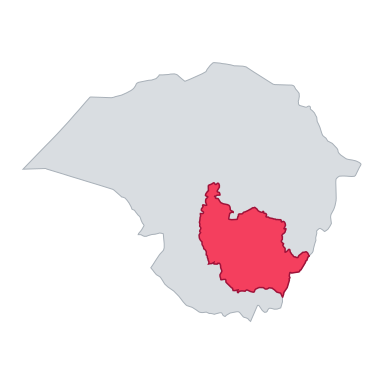 Amhara highlighted on a map of Ethiopia, rotated 180°
{"feature_id": "ETH-3109", "entity_name": "Amhara", "entity_type": "Administrative State", "adm_level": 1, "iso_a3": "ETH", "parent_name": "Ethiopia", "parent_adm1": "", "projection": "albers", "projection_center": [38.049, 11.266], "detail": "fine", "context": "in_parent", "style": "filled", "palette": "rose", "viewbox_px": 384, "rotation_deg": 180, "n_neighbors": 0, "source": "natural_earth", "source_scale": "10m", "svg_char_len": 9376}
<svg xmlns="http://www.w3.org/2000/svg" viewBox="0 0 384 384"><g transform="rotate(180 192 192)"><path d="M73.7,275.1L73.4,274.7L71.4,273.1L69.5,271.0L68.4,268.7L67.3,266.8L66.8,262.5L65.5,259.9L64.1,256.7L62.2,250.6L61.3,248.5L59.7,247.1L58.0,245.8L56.3,243.0L51.7,240.6L49.9,238.7L46.9,235.5L46.1,233.9L45.9,232.3L45.0,230.7L43.3,229.0L38.0,225.3L36.6,224.8L34.6,224.4L31.9,224.0L28.1,223.1L24.9,221.6L23.4,220.5L23.0,219.8L23.4,218.6L24.6,216.6L26.9,211.9L28.5,208.6L29.6,207.7L32.5,207.5L35.6,207.7L37.8,207.9L41.0,208.0L44.7,207.8L46.3,206.7L47.5,205.5L48.0,204.7L48.2,202.5L48.2,200.8L48.0,194.2L47.9,190.2L47.8,185.6L47.9,184.7L47.9,183.5L48.9,178.6L49.8,175.8L50.4,174.3L52.9,169.7L53.3,168.2L53.4,166.8L52.6,160.5L54.2,157.5L56.2,154.6L57.9,153.4L59.3,152.5L60.0,152.9L61.6,154.3L63.8,155.6L64.8,155.4L66.3,154.2L67.4,153.0L67.2,150.8L68.3,146.2L68.1,143.6L69.2,140.4L70.4,135.8L70.9,132.9L71.6,131.4L74.8,128.2L77.5,123.7L79.2,120.4L82.5,115.0L84.2,113.1L85.5,112.3L87.5,111.7L91.2,111.3L93.9,110.8L94.3,110.1L94.5,109.0L94.6,106.6L95.1,102.5L96.3,98.4L97.7,95.4L98.4,94.0L99.3,92.7L100.3,90.4L101.6,85.5L101.5,82.2L103.3,76.1L103.7,76.0L106.8,74.9L109.7,74.8L112.5,75.6L114.4,75.8L115.2,75.4L116.0,74.4L116.8,72.7L117.9,71.8L119.5,71.7L121.7,73.5L125.0,78.4L125.9,78.7L126.5,78.6L128.2,74.7L129.5,71.6L132.0,65.9L133.4,62.6L134.7,63.6L136.0,65.2L137.5,66.0L139.1,66.5L139.8,66.6L140.8,67.2L144.2,71.3L145.4,72.2L147.0,72.3L153.8,71.0L157.9,68.6L158.5,67.7L159.6,67.7L161.0,68.7L161.5,69.7L162.3,71.1L163.9,71.3L167.8,70.3L169.7,69.7L171.3,70.2L173.4,70.6L174.7,70.5L177.7,71.9L181.4,71.4L183.1,71.5L184.9,72.0L187.8,74.1L191.7,76.6L197.1,78.4L198.2,79.2L200.8,82.1L205.0,87.6L210.3,93.0L216.2,97.1L219.3,100.0L221.5,103.6L223.6,106.8L225.7,108.2L227.6,109.3L229.7,111.8L231.2,113.8L233.2,116.2L231.0,119.4L228.2,123.8L224.8,128.9L223.8,130.2L220.9,133.3L220.4,134.1L219.8,136.3L219.8,140.3L220.3,145.5L220.7,150.2L222.4,150.7L224.3,151.0L226.4,150.4L228.9,149.8L232.1,149.5L235.6,148.5L237.6,147.7L239.8,147.7L241.7,148.5L242.7,149.2L244.1,149.4L245.8,149.4L245.5,150.3L244.5,151.6L243.3,152.9L242.3,154.3L240.1,158.1L240.0,158.6L240.3,159.3L241.6,161.0L242.9,163.8L243.7,166.3L244.3,167.5L245.9,168.9L248.2,171.8L249.5,173.7L252.0,174.8L252.9,177.2L254.9,180.9L257.0,183.8L259.0,186.0L261.2,186.9L262.1,186.9L266.8,191.1L270.4,194.2L271.3,194.7L277.7,196.7L285.1,199.0L291.0,200.8L298.6,203.1L306.0,205.4L313.0,207.5L322.9,210.6L330.8,213.0L337.1,214.9L338.4,215.5L361.0,214.8L355.6,220.4L349.5,226.7L343.1,233.3L338.9,237.6L332.3,244.3L326.9,249.9L321.2,256.1L316.1,261.6L309.5,269.2L305.1,274.1L298.4,281.9L294.1,286.7L293.4,287.0L287.2,286.8L281.1,286.6L273.3,286.3L272.4,286.3L270.1,286.8L268.8,287.3L263.2,288.7L262.2,289.0L257.5,291.1L252.8,293.6L250.4,295.5L248.5,298.2L247.7,300.1L246.8,301.0L245.3,301.7L235.4,303.7L232.5,303.9L227.9,305.4L225.4,307.9L224.7,309.1L221.4,309.1L215.5,309.5L213.0,310.0L211.8,310.0L209.6,310.1L207.7,309.6L206.5,309.0L204.9,307.5L201.5,304.6L199.1,302.7L193.7,304.9L188.8,307.1L181.9,310.2L178.0,312.4L176.9,314.6L173.8,318.6L171.1,321.1L170.1,321.4L164.0,320.9L161.7,320.4L158.0,320.0L153.1,319.1L149.8,318.2L146.2,318.1L141.0,317.8L137.9,317.1L134.6,314.9L130.5,312.2L126.2,309.5L121.8,306.7L116.6,303.4L110.9,299.8L109.6,299.5L109.0,299.4L102.8,299.2L96.4,299.0L92.1,298.9L90.7,298.4L89.7,297.6L88.4,295.0L86.7,293.1L84.9,290.7L84.7,287.5L85.3,284.0L85.8,282.8L85.5,281.7L85.6,280.1L84.6,278.6L78.3,276.8L77.3,276.9L76.2,277.6L75.0,278.0L74.1,277.6L73.6,276.9L73.6,275.9L73.7,275.1Z" fill="#d9dde1" stroke="#a8b0b8" stroke-width="1"/><path d="M93.7,111.5L94.1,111.4L94.3,110.9L94.7,108.4L94.7,107.9L94.6,107.5L94.1,106.6L94.1,106.1L94.4,105.7L94.7,105.4L94.9,105.1L94.9,104.9L94.6,104.3L94.6,103.9L96.8,96.4L100.1,91.6L100.3,91.0L100.4,89.7L100.5,89.3L101.4,87.0L101.7,87.2L103.3,90.7L103.6,91.0L103.9,91.0L106.9,91.8L107.3,92.0L109.7,94.3L110.9,95.0L111.5,95.7L111.9,95.8L114.5,96.2L114.9,96.2L115.2,96.0L115.5,95.8L116.7,95.1L117.4,95.0L118.1,94.9L118.6,95.0L119.3,95.3L119.8,95.7L120.4,96.3L120.7,96.4L124.5,96.5L125.2,96.4L128.3,94.9L128.6,94.6L128.9,94.3L129.1,93.9L129.7,92.3L130.2,91.9L131.1,91.9L133.5,92.5L136.5,93.9L137.2,94.1L137.9,93.7L138.4,93.4L138.9,92.8L139.7,92.9L140.9,93.0L142.1,93.1L144.3,92.8L144.8,92.6L145.1,92.2L145.6,91.5L145.9,91.3L146.2,91.4L146.4,91.6L146.6,92.0L146.7,92.5L146.0,94.1L148.0,93.7L148.8,93.4L149.3,93.4L150.9,93.5L151.2,94.4L151.4,95.4L151.5,95.8L152.4,96.2L157.4,101.1L158.0,101.8L158.1,102.5L158.1,103.0L158.1,103.5L158.2,104.0L158.4,104.4L158.7,104.6L159.1,104.6L160.2,104.6L162.6,104.2L163.1,104.3L163.3,104.8L163.3,105.5L163.5,106.2L163.8,107.0L164.0,108.0L164.0,109.3L162.3,112.3L162.2,113.1L162.4,113.9L163.3,116.2L163.5,118.7L163.6,119.2L163.9,119.8L164.2,120.3L164.6,120.7L164.8,120.7L166.4,120.6L166.5,120.0L167.2,119.9L170.0,120.0L170.2,120.3L170.3,120.8L170.2,121.3L170.1,121.6L172.1,120.5L172.4,120.4L174.0,120.3L174.7,120.2L175.5,120.0L175.1,121.1L175.1,121.3L175.1,121.9L175.3,122.5L175.8,123.7L176.0,124.3L176.0,124.9L176.0,125.2L176.4,125.8L176.5,126.1L176.7,126.8L176.7,127.8L176.8,128.1L177.1,128.6L177.3,128.8L177.8,129.1L177.7,131.4L177.7,132.0L177.8,132.5L178.6,133.9L179.0,134.4L179.5,134.8L180.1,135.1L180.3,135.7L180.5,136.9L180.7,137.4L181.7,139.0L181.9,139.5L182.0,140.8L182.0,142.1L182.7,142.8L183.1,143.2L183.5,143.7L184.4,145.3L184.6,145.9L184.7,146.5L184.8,147.6L184.9,148.4L184.9,148.8L184.8,149.2L184.7,149.5L183.4,151.4L184.0,152.1L184.3,152.7L184.2,153.3L184.0,153.9L183.3,155.0L183.2,155.5L183.2,156.0L183.4,156.6L184.1,157.5L184.3,157.8L184.3,158.3L184.1,159.4L184.1,159.9L184.6,161.7L184.5,162.3L184.3,162.8L184.2,163.3L183.9,166.1L183.9,166.6L183.5,167.6L183.4,168.2L183.7,170.0L183.6,170.5L182.2,170.4L181.6,170.4L181.1,170.5L180.7,170.8L180.5,171.4L180.5,171.9L180.8,172.3L181.3,172.6L182.0,173.0L182.4,173.4L182.7,173.8L182.6,174.7L182.5,175.2L181.8,176.1L181.6,176.5L181.0,177.3L181.0,177.6L181.3,178.2L181.4,178.4L181.1,179.1L180.2,179.1L178.3,178.6L177.4,178.8L177.5,179.7L178.4,181.8L178.4,183.0L178.3,184.2L177.9,185.2L177.0,186.0L176.6,186.4L176.3,186.7L176.2,187.1L176.5,187.5L177.4,187.7L177.7,187.9L178.5,188.5L178.4,189.5L177.9,190.6L177.1,191.6L176.6,192.5L175.6,193.3L175.7,197.9L175.5,198.6L174.8,199.0L172.5,199.9L171.7,200.4L170.6,201.1L170.1,201.2L169.6,200.9L168.8,199.7L168.1,199.5L167.7,199.6L166.6,200.7L166.1,200.8L165.7,200.7L165.4,200.5L165.2,200.2L164.7,199.0L164.6,198.6L164.7,198.2L164.6,196.9L166.5,193.7L166.8,193.0L166.7,192.3L166.3,192.0L165.1,191.7L164.6,191.3L164.3,190.6L164.1,189.8L164.0,189.1L164.2,188.9L165.0,188.9L167.0,188.8L167.3,188.6L168.4,187.8L168.9,187.7L169.8,188.0L168.4,186.6L168.3,186.4L168.4,185.9L167.9,185.6L167.2,185.5L166.7,185.5L165.9,185.4L165.2,184.4L164.4,183.0L163.3,181.4L160.7,180.2L156.6,179.4L155.1,178.7L154.4,177.8L154.0,176.8L153.8,175.7L153.8,174.5L153.8,174.4L153.3,173.8L152.9,173.4L152.7,173.3L151.3,172.7L150.8,172.3L150.8,171.6L151.7,171.8L152.5,171.6L154.0,170.8L154.3,170.5L155.2,165.9L155.3,165.1L154.9,164.7L152.3,164.3L147.0,164.6L146.8,164.8L146.7,165.0L146.1,167.4L146.0,167.7L145.8,167.9L145.6,167.9L145.5,168.1L145.5,168.4L145.6,169.1L145.6,169.3L145.3,169.8L144.8,170.0L144.2,170.1L143.7,170.1L143.1,170.0L142.9,170.0L142.1,170.2L141.4,170.4L141.2,170.6L141.0,171.1L140.4,171.7L140.2,171.8L138.7,172.2L135.5,173.7L134.4,174.5L134.2,174.5L133.6,174.6L133.4,174.7L132.9,175.3L131.3,176.2L131.1,176.3L130.6,176.2L130.2,176.2L129.6,176.6L129.2,176.6L127.1,175.0L126.8,174.6L126.7,174.3L126.2,173.7L125.7,173.1L125.4,172.9L123.3,171.9L122.5,171.7L121.7,171.6L121.4,171.7L121.2,172.3L121.0,172.6L120.7,172.6L120.3,172.1L120.2,171.9L120.2,171.1L120.0,170.9L119.6,170.7L119.3,170.6L119.0,170.6L118.6,170.6L118.4,170.6L118.2,170.5L117.7,169.9L117.4,169.2L117.6,168.5L118.0,167.8L117.9,167.2L117.6,167.0L116.1,167.0L115.6,166.9L115.2,166.6L114.6,166.1L111.3,165.5L110.4,165.1L110.0,165.0L108.9,165.0L108.7,164.9L108.1,164.4L107.9,164.4L107.3,164.5L107.1,164.5L104.6,164.3L103.6,164.3L103.1,164.1L102.8,163.7L102.8,163.3L102.8,162.9L102.8,162.5L102.6,162.2L102.4,162.1L102.1,162.1L101.0,162.6L100.5,162.6L99.9,162.2L99.4,161.7L99.0,160.9L98.7,160.0L98.5,158.7L100.0,155.4L99.7,155.0L99.2,155.0L98.8,155.1L98.4,155.4L98.2,155.9L98.1,154.9L98.2,154.2L98.8,152.9L98.8,152.2L99.1,151.8L99.8,150.9L101.0,150.1L101.6,149.4L102.2,148.4L101.5,147.0L101.8,146.3L101.7,145.8L101.6,144.9L101.8,144.4L102.2,143.9L102.6,143.2L102.6,142.3L101.3,140.9L100.9,140.7L100.4,140.2L100.6,139.7L101.0,139.3L101.3,138.9L101.2,138.7L100.0,136.7L99.2,136.0L98.9,135.5L98.9,133.5L99.0,132.0L98.8,131.8L98.3,131.9L97.4,132.5L96.5,133.3L95.6,134.3L95.2,134.6L94.7,134.6L94.3,134.4L94.0,133.4L93.8,132.2L93.6,131.7L93.0,131.0L92.2,129.6L91.2,128.8L91.0,128.5L90.7,127.9L90.5,127.6L90.0,127.3L89.9,127.2L89.5,127.1L88.9,127.1L88.3,127.0L88.0,126.6L87.8,126.5L87.1,126.5L86.2,126.4L86.1,126.5L85.4,128.0L85.1,128.5L82.3,130.7L81.7,131.3L81.2,131.7L80.8,131.7L80.2,131.7L79.5,131.8L78.3,132.2L77.8,132.2L77.3,131.9L76.7,131.4L76.1,130.7L75.3,128.7L74.7,128.2L74.8,127.8L75.0,127.7L75.8,127.2L76.2,126.7L76.4,126.1L76.7,124.9L77.1,123.9L77.2,123.6L77.5,123.5L77.9,123.2L78.2,123.0L78.4,122.7L78.5,121.8L78.8,121.2L83.0,114.2L83.4,113.9L83.8,113.9L84.0,113.8L84.2,113.5L84.5,112.4L85.5,112.0L92.2,111.0L92.7,111.1L93.1,111.4L93.7,111.5Z" fill="#f43f5e" stroke="#9f1239" stroke-width="1.5"/></g></svg>